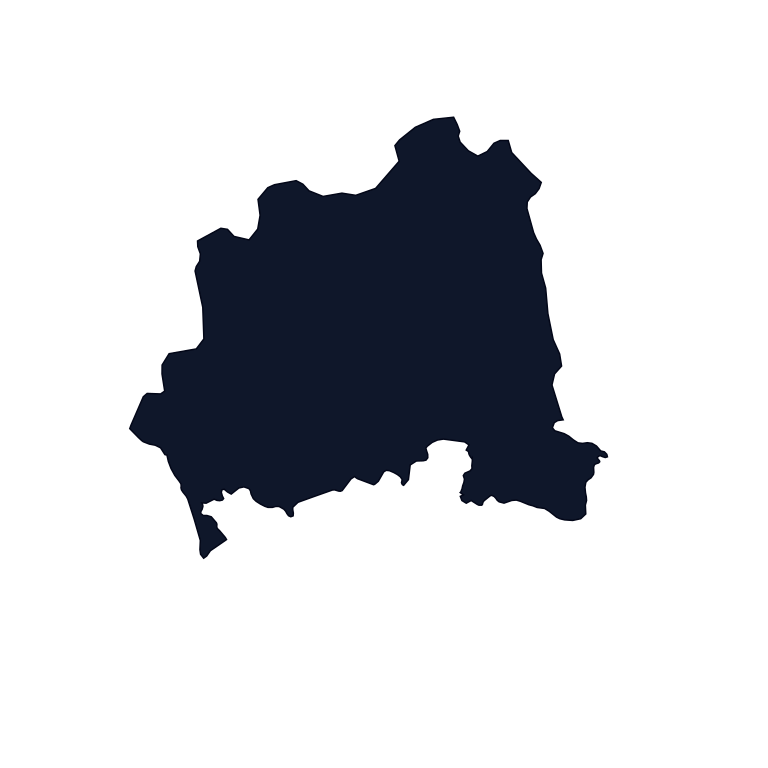 Lower Silesian, Mercator projection, rotated 321°
{"feature_id": "POL-3141", "entity_name": "Lower Silesian", "entity_type": "Voivodeship", "adm_level": 1, "iso_a3": "POL", "parent_name": "Poland", "parent_adm1": "", "projection": "mercator", "projection_center": [16.102, 50.931], "detail": "fine", "context": "isolated", "style": "filled", "palette": "ink", "viewbox_px": 768, "rotation_deg": 321, "n_neighbors": 0, "source": "natural_earth", "source_scale": "10m", "svg_char_len": 3675}
<svg xmlns="http://www.w3.org/2000/svg" viewBox="0 0 768 768"><g transform="rotate(321 384 384)"><path d="M185.4,372.5L182.9,371.3L180.9,369.3L179.5,366.6L170.8,364.7L167.5,361.7L167.0,364.0L166.2,365.2L163.7,367.0L162.8,367.3L161.8,367.7L160.9,368.4L160.1,369.4L160.8,372.5L163.6,374.7L166.2,378.5L166.4,386.4L165.9,387.8L164.2,389.7L163.7,390.6L163.6,392.2L163.7,393.2L163.9,394.0L164.1,403.4L163.7,405.8L144.1,404.3L137.9,406.1L134.2,405.9L134.3,400.9L136.7,396.9L142.8,390.0L151.5,369.4L159.1,349.9L159.7,346.7L159.7,341.5L160.0,338.8L160.9,336.9L162.2,335.6L163.4,333.8L163.7,330.3L163.9,323.4L165.3,315.7L167.7,308.4L170.6,302.6L169.9,301.8L169.3,301.0L170.2,293.0L167.7,287.6L163.8,283.0L160.6,277.4L160.1,275.5L159.4,270.6L159.4,270.3L158.3,258.7L161.6,256.7L189.0,242.4L194.0,242.3L204.1,251.1L209.1,251.5L217.8,236.5L223.5,229.6L236.1,225.2L260.2,238.6L272.4,235.6L291.4,210.4L308.3,177.3L312.0,174.6L318.0,172.6L323.2,167.3L325.7,160.1L329.1,155.5L355.2,160.3L359.7,165.3L360.3,174.9L369.8,187.1L383.4,184.1L393.9,174.9L402.3,161.2L417.3,158.3L424.3,160.2L443.7,170.7L446.7,177.7L447.3,186.7L454.7,199.9L471.4,209.2L480.8,219.6L500.6,226.7L536.0,220.4L542.5,205.6L549.7,204.1L569.9,204.2L588.9,209.4L606.0,220.5L604.2,228.4L601.9,235.2L597.7,238.0L595.4,243.9L596.3,255.8L600.3,265.9L610.5,268.3L621.0,266.1L627.6,267.9L633.8,272.9L628.9,284.5L630.9,312.7L633.1,326.3L627.4,329.8L621.4,331.3L615.5,330.9L609.9,332.7L605.5,337.6L595.5,360.6L593.7,367.3L592.6,374.4L589.8,382.6L584.3,386.3L576.2,396.9L570.0,411.2L555.7,432.4L543.4,456.0L539.4,471.2L533.3,481.8L522.9,483.5L513.9,490.5L501.5,521.4L500.7,524.6L495.9,521.7L492.0,521.2L487.3,524.0L487.3,527.8L492.8,536.0L494.8,540.9L496.0,546.6L497.7,551.8L500.9,555.1L505.1,557.6L508.3,561.0L510.1,565.9L510.3,572.4L512.6,575.4L512.9,578.9L511.8,581.2L509.7,580.4L507.9,577.7L507.1,576.0L506.1,575.3L503.5,575.3L503.1,576.0L503.1,579.3L502.7,580.2L501.1,580.4L497.9,579.2L496.4,579.3L494.4,580.7L491.5,584.7L489.9,586.1L488.0,586.6L485.9,587.2L482.4,586.9L479.0,587.4L475.2,590.7L472.1,595.4L470.2,599.0L468.1,602.0L464.3,604.8L459.0,612.0L452.1,612.5L444.8,608.8L438.9,603.3L435.9,599.4L434.3,596.0L432.3,586.9L430.5,581.8L425.3,576.3L423.1,572.4L420.6,569.0L416.2,561.0L413.8,557.5L410.0,554.9L402.3,552.1L399.3,548.0L398.8,545.6L399.0,543.2L398.8,540.7L397.6,538.2L396.0,537.7L388.2,537.7L386.2,538.3L384.9,539.4L383.7,539.7L381.5,537.9L380.7,536.3L378.4,529.4L372.9,528.4L371.2,523.6L372.6,519.3L376.0,520.1L375.7,519.3L374.9,516.3L375.9,516.2L377.5,515.2L378.4,514.8L381.1,512.6L384.1,510.8L386.7,508.5L388.0,505.1L390.7,504.2L396.2,505.7L399.2,505.1L400.8,502.8L404.3,499.3L405.8,497.2L405.3,497.4L405.3,495.8L405.5,493.7L405.8,492.3L406.5,490.8L407.0,490.0L407.0,489.1L406.3,487.1L411.7,484.8L410.2,479.7L395.5,464.2L390.3,461.2L384.7,459.7L378.4,459.6L376.2,460.1L375.0,462.8L373.7,466.2L371.6,468.9L368.7,469.6L366.1,468.3L360.7,464.2L353.4,463.4L342.8,473.7L335.5,475.1L335.1,474.3L335.0,473.4L335.2,472.6L335.5,471.7L338.0,469.7L338.3,466.4L337.4,462.7L335.9,459.0L333.7,454.8L331.4,452.5L328.5,452.1L318.4,456.0L313.6,456.1L312.5,455.7L303.8,440.9L303.3,439.3L302.9,437.4L298.6,437.0L284.4,440.5L282.6,439.9L281.3,438.6L279.0,435.2L277.1,433.9L256.5,426.6L242.7,421.8L235.5,422.4L233.9,424.4L232.3,427.3L230.4,429.3L230.1,429.2L228.0,428.5L226.9,426.3L227.0,423.7L227.5,421.0L227.4,418.3L225.4,413.2L222.8,411.0L219.7,409.7L216.2,406.9L214.4,404.0L212.4,399.5L210.8,394.7L210.3,390.8L211.5,385.8L213.0,382.9L213.2,380.3L210.4,375.8L205.8,373.5L196.0,373.4L194.4,369.4L193.6,365.2L191.6,364.2L189.4,365.8L187.9,369.3L187.3,372.1L185.4,372.5Z" fill="#0f172a" stroke="#020617" stroke-width="1.5"/></g></svg>